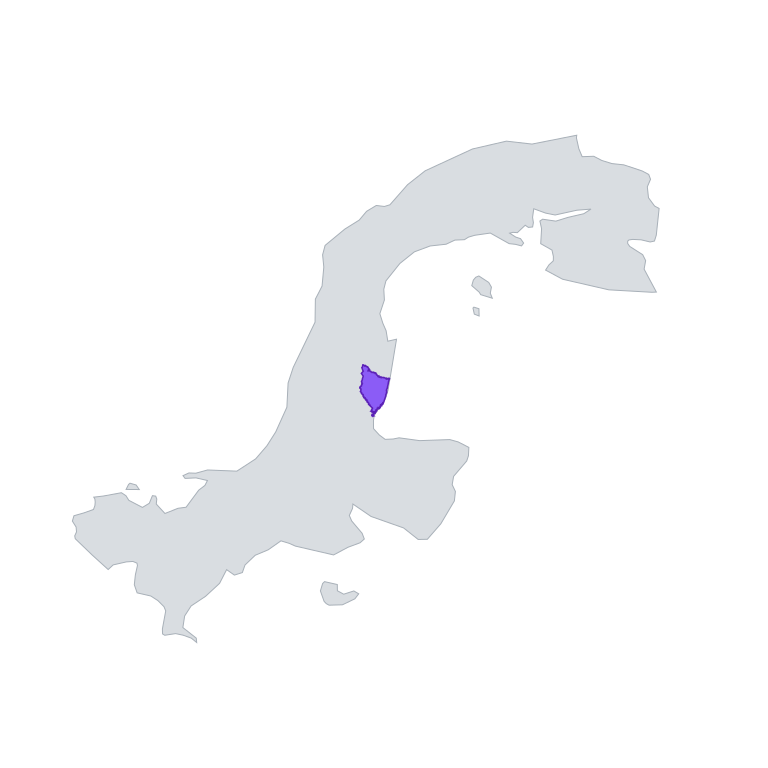 Antón, Coclé, Panama shown in context, rotated 313°
{"feature_id": "35544464B51577894822537", "entity_name": "Antón", "entity_type": "district", "adm_level": 2, "iso_a3": "PAN", "parent_name": "Panama", "parent_adm1": "Coclé", "projection": "mercator", "projection_center": [-80.226, 8.473], "detail": "fine", "context": "in_parent", "style": "filled", "palette": "violet", "viewbox_px": 768, "rotation_deg": 313, "n_neighbors": 0, "source": "geoboundaries", "source_scale": "gbopen_adm2", "svg_char_len": 8532}
<svg xmlns="http://www.w3.org/2000/svg" viewBox="0 0 768 768"><g transform="rotate(313 384 384)"><path d="M697.4,355.3L695.2,356.9L688.9,366.1L685.4,373.9L693.6,382.1L696.0,390.8L700.6,400.3L707.8,409.9L715.9,427.6L717.8,434.7L715.5,439.3L707.8,442.1L700.6,450.4L698.7,460.5L700.0,465.5L678.6,481.6L673.0,484.3L669.4,481.8L664.8,473.7L659.3,467.2L656.4,464.9L654.7,464.8L653.0,466.3L652.2,469.9L655.0,485.0L652.7,491.2L645.4,495.9L637.0,520.5L633.8,517.4L606.2,484.2L582.4,443.1L577.5,424.5L583.6,423.4L589.6,423.8L592.8,420.9L596.5,415.5L593.5,402.9L605.1,393.3L609.5,386.9L612.7,387.6L620.3,398.6L631.3,404.9L644.8,414.0L653.1,416.1L642.6,406.5L624.3,393.9L619.2,385.6L614.3,374.0L607.2,379.0L603.9,383.2L600.2,385.6L597.0,382.8L596.4,379.0L585.6,378.3L582.9,374.9L580.0,373.0L581.3,380.2L583.4,384.7L582.3,390.0L578.8,390.4L575.8,384.9L572.0,379.8L566.9,358.8L554.6,348.9L549.0,345.6L544.4,344.4L537.6,337.7L528.6,334.1L516.4,323.6L501.4,316.1L483.0,313.4L460.7,315.1L453.2,319.2L448.1,324.5L445.7,327.0L432.6,333.0L427.6,341.8L424.4,349.2L417.9,357.6L425.3,362.6L382.4,391.1L373.9,395.2L354.6,398.1L350.1,401.2L344.2,406.8L343.5,415.3L344.3,422.6L350.0,428.2L354.9,431.7L366.9,448.7L388.2,470.0L392.2,477.7L395.5,489.3L389.1,494.7L384.1,497.0L363.9,497.9L356.9,502.5L354.1,509.5L346.5,515.2L320.5,520.9L300.0,521.6L293.6,515.0L292.1,496.5L278.3,464.9L275.0,443.1L271.6,445.8L264.2,448.3L261.8,453.8L259.9,469.8L257.2,475.3L251.6,474.8L240.0,469.0L224.6,463.7L205.0,429.7L202.8,423.3L199.0,415.6L183.8,412.4L170.9,406.6L156.8,405.8L149.5,409.0L142.2,404.9L140.9,395.5L126.1,399.7L107.1,398.3L90.1,394.3L78.4,396.4L68.7,403.0L70.1,420.0L67.2,423.3L66.7,416.4L63.3,408.4L59.3,401.8L50.7,395.0L50.2,392.5L53.7,389.0L69.2,379.1L71.1,374.9L71.4,366.3L69.9,358.0L62.9,345.9L66.9,338.3L74.9,332.3L83.1,327.5L84.5,325.5L83.0,321.4L78.2,316.9L67.0,309.3L60.2,308.8L59.9,286.9L60.3,263.7L62.0,261.4L66.1,260.0L69.4,256.4L71.2,249.6L76.2,247.1L85.0,252.4L94.1,257.1L97.9,255.5L100.7,253.3L102.7,251.0L103.3,248.9L110.6,255.1L125.4,266.1L126.3,271.5L124.9,276.7L129.0,291.5L136.7,293.7L144.4,290.8L146.3,293.5L144.9,296.3L140.9,299.3L139.9,312.1L152.6,318.1L158.9,323.3L180.0,320.9L187.7,322.2L193.0,320.7L187.1,310.5L179.3,302.9L179.9,299.5L185.9,302.0L190.4,307.2L200.8,313.6L219.9,335.8L241.7,341.2L259.0,340.5L275.1,337.5L300.8,328.8L319.3,313.2L334.2,306.3L382.2,291.4L399.3,275.9L406.5,273.9L413.4,271.9L428.5,260.2L436.6,251.0L445.2,246.4L470.6,249.7L487.0,254.1L498.4,253.5L509.3,256.6L514.1,263.2L519.1,266.1L545.9,265.3L568.0,268.7L616.2,288.4L645.1,307.9L660.4,328.6L697.4,355.3ZM213.3,508.6L207.0,509.2L194.2,504.2L184.8,494.7L184.0,491.6L184.2,488.4L189.3,478.6L196.2,475.2L198.9,475.3L205.5,486.6L201.0,490.9L202.8,497.9L212.1,503.1L213.3,508.6ZM522.9,399.8L520.6,404.7L515.3,393.8L516.1,391.0L515.8,381.1L520.9,378.5L524.6,378.3L527.7,379.7L529.7,391.3L528.1,396.5L522.9,399.8ZM141.1,271.6L139.9,277.0L131.0,267.3L136.3,265.7L138.2,265.9L141.1,271.6ZM503.8,402.1L498.6,407.2L496.7,402.4L500.2,397.3L501.5,397.3L503.8,402.1Z" fill="#d9dde1" stroke="#a8b0b8" stroke-width="1"/><path d="M353.6,395.9L353.1,396.5L352.7,396.5L352.5,396.8L352.7,397.2L353.0,397.6L353.1,397.8L352.8,397.6L352.7,397.9L353.3,398.1L353.9,397.9L354.7,397.2L355.6,396.7L356.2,396.8L356.8,396.5L357.5,396.6L357.9,396.5L358.0,396.7L358.6,396.4L359.0,396.4L359.4,396.1L359.6,396.1L359.7,396.3L359.8,395.9L359.5,395.8L359.4,395.7L359.5,395.5L359.6,395.4L359.5,395.7L359.8,395.8L359.9,396.2L359.8,396.3L359.1,396.5L358.8,396.7L357.1,397.0L356.8,397.3L356.2,397.2L356.0,397.3L356.1,397.5L356.4,397.5L357.7,397.2L360.5,396.4L361.5,396.2L361.8,396.1L361.6,396.0L361.3,396.1L361.2,396.0L361.2,395.9L361.4,395.8L361.3,396.0L361.7,395.9L361.9,396.2L363.0,396.3L363.1,396.2L363.3,396.3L363.4,396.2L363.4,395.9L363.5,396.1L363.6,395.9L363.7,395.7L363.7,395.9L363.7,396.0L363.4,396.3L363.7,396.5L364.1,396.4L364.4,396.5L364.8,396.7L364.6,396.7L364.7,396.9L364.6,396.7L364.3,396.7L364.1,397.0L363.9,397.0L363.4,397.2L363.0,397.0L362.6,397.0L362.3,396.7L362.2,397.0L362.6,397.2L361.9,396.9L362.4,397.3L363.2,397.4L364.4,397.2L365.5,396.9L365.8,396.9L366.3,396.7L366.1,396.6L365.5,396.5L365.3,396.8L365.4,396.3L365.5,396.1L365.3,396.0L365.6,396.1L365.4,396.3L365.5,396.4L366.1,396.5L366.3,396.7L366.7,396.6L366.8,396.3L366.5,396.4L366.4,395.9L366.5,395.8L366.6,395.7L366.7,395.8L366.4,395.8L366.5,396.1L366.6,396.4L366.7,396.2L366.8,396.3L366.8,396.7L367.0,396.8L368.2,396.7L368.3,396.6L368.3,396.4L368.6,396.4L368.4,396.3L368.4,396.2L368.6,396.3L368.5,396.5L368.3,396.4L368.4,396.5L368.6,396.6L369.1,396.5L369.4,396.4L369.6,396.2L369.4,396.0L369.5,395.9L369.6,396.1L369.5,396.4L369.9,396.2L369.3,396.6L368.7,396.7L368.4,396.7L368.2,396.9L368.6,396.9L371.0,396.0L373.2,394.9L376.2,393.6L377.5,392.7L377.4,392.7L377.5,392.5L377.8,392.4L378.0,392.2L377.9,392.4L377.6,392.6L377.8,392.6L380.2,391.2L380.3,391.0L380.5,390.8L380.6,390.5L381.4,389.7L381.3,389.2L381.4,389.4L381.4,389.7L380.7,390.5L380.6,390.9L381.8,389.8L383.0,389.2L383.2,389.3L384.6,388.3L386.8,387.1L387.1,386.9L386.8,387.0L386.9,386.9L387.4,386.7L388.4,385.9L389.9,385.2L391.7,384.5L391.8,384.3L391.8,384.1L391.0,383.8L391.1,383.7L391.3,383.6L391.1,383.2L390.9,383.2L390.5,383.3L390.5,383.5L390.4,383.5L390.4,383.2L390.1,383.1L390.1,382.6L389.9,382.5L389.9,382.1L389.7,382.2L389.7,381.9L389.4,381.7L389.2,381.8L389.3,381.0L389.1,380.7L388.9,380.2L388.9,379.8L388.8,379.7L388.5,379.7L388.4,379.4L388.4,379.1L388.1,379.0L387.8,378.6L387.5,377.9L387.4,378.0L386.7,377.7L386.7,377.1L386.8,376.9L386.6,376.9L386.6,376.6L386.1,376.5L386.0,376.1L385.9,376.0L386.0,375.8L385.8,375.8L385.7,375.5L385.7,375.3L385.9,375.1L385.5,375.1L385.4,374.9L385.6,374.7L385.5,374.3L385.7,374.2L385.7,373.6L385.9,373.6L385.7,372.7L385.8,372.5L385.7,372.3L386.1,372.0L386.1,371.3L386.5,370.5L386.1,369.8L386.0,369.7L385.8,369.8L385.9,369.4L385.7,369.7L385.8,369.5L385.7,369.2L385.8,369.1L385.7,368.9L385.6,368.7L385.3,368.7L385.3,368.4L385.3,368.2L385.2,368.2L384.9,367.7L384.6,367.7L384.5,367.4L384.3,367.3L384.4,367.1L384.3,366.9L384.2,366.8L384.0,366.3L384.2,366.1L384.3,365.6L384.2,365.5L384.2,365.4L384.0,365.2L384.0,364.6L383.7,364.3L383.4,364.2L383.1,363.6L382.8,363.3L383.8,362.9L383.8,363.1L384.2,363.0L384.8,363.3L384.9,362.0L385.0,361.9L385.0,361.6L385.1,361.2L385.3,361.0L385.4,360.7L385.4,360.4L385.0,360.2L385.2,359.9L384.9,358.8L384.8,358.5L384.9,358.0L384.2,358.0L384.0,357.8L383.9,357.4L384.2,357.1L384.1,356.7L384.0,356.0L383.8,355.8L383.7,355.9L383.5,355.5L381.5,356.7L380.9,356.6L379.4,359.4L379.3,360.1L376.3,360.2L375.6,363.4L374.1,364.2L373.5,364.4L372.8,364.8L372.6,365.1L372.4,365.1L371.5,365.6L371.1,365.7L370.9,365.6L370.6,365.8L370.3,365.9L370.2,366.1L370.3,366.3L370.1,366.5L370.1,366.8L369.8,367.1L369.6,367.2L369.3,367.4L369.4,367.6L369.1,367.6L368.9,367.8L368.7,367.8L368.7,368.0L368.6,368.3L368.2,368.3L367.7,368.4L367.6,368.5L367.2,368.8L367.1,368.6L366.7,368.5L366.2,368.4L365.2,368.5L364.8,368.8L365.0,369.0L364.8,369.1L364.6,369.3L364.8,369.6L364.7,369.7L364.7,370.4L364.6,370.5L364.3,370.5L364.1,370.9L364.0,371.2L363.7,371.3L363.5,371.5L363.1,371.6L362.9,371.8L362.7,371.8L362.6,372.1L362.4,372.1L362.5,372.5L362.3,372.8L362.4,373.1L362.1,373.1L361.9,373.5L362.0,373.8L361.8,373.9L361.6,374.7L361.7,374.9L361.8,375.1L361.6,375.6L362.0,375.7L362.1,375.9L361.5,376.4L361.4,376.9L360.9,377.1L361.0,377.3L360.7,377.7L360.9,378.0L360.6,378.2L360.6,378.5L360.3,378.5L360.2,378.7L360.4,379.0L360.6,379.0L360.7,379.4L360.9,379.6L360.5,379.9L360.8,380.1L360.4,380.8L360.7,381.2L360.6,381.5L360.2,381.7L360.2,381.9L360.0,382.2L360.3,382.4L360.1,382.5L359.9,382.3L359.9,382.7L359.8,383.4L360.1,383.3L360.0,383.5L359.9,383.7L359.5,383.7L359.4,383.9L359.7,384.0L359.4,384.3L359.6,384.6L359.4,384.9L359.4,385.0L359.6,385.1L359.5,385.3L359.6,385.7L359.6,385.8L359.4,385.7L359.1,386.1L358.5,386.7L358.7,387.1L358.8,387.6L359.0,387.8L358.8,388.2L358.5,388.3L358.6,388.8L358.8,388.8L358.5,389.7L358.6,389.9L358.5,390.4L358.6,391.3L358.4,391.5L358.2,391.9L358.4,392.1L358.2,392.3L357.9,392.3L357.5,392.5L357.2,392.4L356.3,392.8L356.1,392.7L355.9,393.2L356.0,393.4L355.8,393.4L355.8,393.5L355.6,393.4L355.6,393.7L355.3,393.5L355.4,393.9L355.6,394.1L355.8,394.7L356.1,394.8L356.3,394.6L356.2,394.8L356.4,395.0L356.1,395.0L355.9,394.9L355.6,394.9L355.8,395.2L355.8,395.7L356.0,395.9L355.9,396.0L355.7,395.9L355.7,396.2L355.5,396.5L355.2,396.3L354.9,396.6L354.4,396.5L353.8,395.9L353.6,395.9ZM359.6,396.3L359.6,396.2L359.4,396.2L359.2,396.3L359.6,396.3Z" fill="#8b5cf6" stroke="#5b21b6" stroke-width="1.5"/></g></svg>